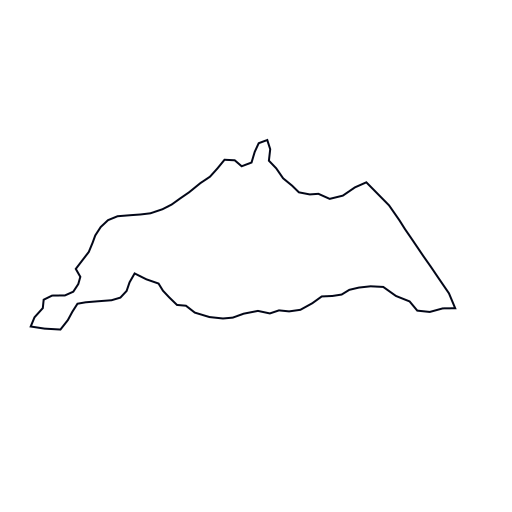 Capivari de Baixo, Santa Catarina, Brazil (Albers equal-area conic projection), rotated 102°
{"feature_id": "56859067B80668799138797", "entity_name": "Capivari de Baixo", "entity_type": "district", "adm_level": 2, "iso_a3": "BRA", "parent_name": "Brazil", "parent_adm1": "Santa Catarina", "projection": "albers", "projection_center": [-48.938, -28.454], "detail": "fine", "context": "isolated", "style": "outline", "palette": "ink", "viewbox_px": 512, "rotation_deg": 102, "n_neighbors": 0, "source": "geoboundaries", "source_scale": "gbopen_adm2", "svg_char_len": 1321}
<svg xmlns="http://www.w3.org/2000/svg" viewBox="0 0 512 512"><g transform="rotate(102 256 256)"><path d="M325.4,288.9L324.0,275.3L321.1,265.9L315.0,256.1L309.3,242.7L309.3,230.5L304.4,222.2L303.3,212.1L299.4,201.4L290.5,191.1L281.9,183.3L279.2,172.9L275.9,164.2L269.7,157.7L265.5,148.8L261.8,137.6L259.8,125.1L266.0,110.8L268.5,96.3L275.9,86.9L274.6,74.4L268.4,62.4L265.7,50.3L252.4,59.5L238.6,74.0L230.5,82.4L221.4,92.2L205.9,108.3L198.9,115.7L191.3,123.1L178.8,136.4L161.0,163.4L168.3,173.5L178.9,183.6L184.8,195.8L182.2,207.9L184.6,216.2L184.8,227.3L179.7,235.3L174.4,245.6L166.0,254.5L160.1,263.2L148.6,264.3L140.2,269.1L145.1,276.8L154.4,278.9L165.5,279.8L171.2,288.7L166.8,296.7L168.4,306.8L178.3,311.9L188.0,317.5L196.2,325.5L207.6,334.7L215.4,342.1L223.2,349.2L229.7,357.2L236.2,368.2L239.4,377.6L241.9,386.3L245.9,399.7L251.7,408.2L259.9,413.9L269.3,417.5L277.1,418.6L286.8,420.4L296.2,424.9L306.1,429.6L312.9,423.5L320.4,424.0L328.9,427.3L334.3,434.7L337.1,447.2L342.9,454.6L351.3,453.7L362.0,459.9L371.8,461.7L371.0,447.7L368.6,432.0L357.8,426.7L348.6,424.0L339.8,420.7L336.7,413.0L333.3,401.7L329.3,388.1L324.9,380.0L317.1,375.3L308.0,374.2L298.3,371.1L301.6,358.4L303.2,345.6L309.3,339.8L314.5,332.3L320.3,323.1L319.2,314.2L324.1,304.1L325.4,288.9Z" fill="none" stroke="#020617" stroke-width="2"/></g></svg>